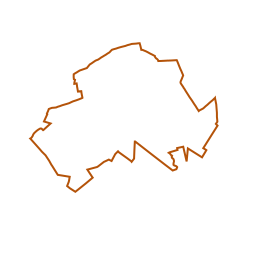 Pilu, Arad, Romania (Mercator projection), rotated 39°
{"feature_id": "2599482B37446473597152", "entity_name": "Pilu", "entity_type": "district", "adm_level": 2, "iso_a3": "ROU", "parent_name": "Romania", "parent_adm1": "Arad", "projection": "mercator", "projection_center": [21.361, 46.586], "detail": "fine", "context": "isolated", "style": "outline", "palette": "amber", "viewbox_px": 256, "rotation_deg": 39, "n_neighbors": 0, "source": "geoboundaries", "source_scale": "gbopen_adm2", "svg_char_len": 3300}
<svg xmlns="http://www.w3.org/2000/svg" viewBox="0 0 256 256"><g transform="rotate(39 128 128)"><path d="M131.8,188.8L130.7,188.5L128.9,187.9L127.2,187.4L122.6,185.9L124.8,182.9L126.9,180.0L128.5,177.8L128.9,176.7L130.6,169.5L131.4,167.9L133.0,164.6L135.6,164.1L136.0,164.0L134.5,156.3L134.7,154.3L134.9,152.4L136.1,152.6L141.3,152.3L146.3,152.0L151.3,151.8L152.1,152.0L152.0,148.0L146.7,140.9L141.8,134.2L142.0,134.0L162.4,133.6L179.8,133.2L189.5,132.9L191.5,129.6L191.0,127.7L190.8,127.4L190.3,127.3L189.0,127.4L187.9,127.9L187.5,128.0L186.6,128.0L186.1,127.5L185.5,126.6L184.8,125.1L184.4,124.6L183.8,124.1L183.0,123.6L182.3,123.4L181.5,123.6L180.8,123.4L180.7,123.3L180.5,123.2L180.1,122.9L179.8,121.9L179.5,121.9L179.2,121.8L178.7,121.9L178.2,121.9L177.6,121.7L176.8,121.5L176.4,121.5L176.0,121.5L175.3,121.6L175.4,121.3L175.8,120.5L177.7,117.7L180.3,113.9L178.8,112.7L179.1,112.3L182.7,107.8L194.6,117.1L187.4,106.2L204.0,104.2L203.1,97.6L202.8,96.0L202.8,95.9L202.3,95.9L199.2,96.3L197.3,80.3L196.1,69.8L193.7,69.5L193.5,66.9L191.9,65.2L190.2,63.5L187.5,60.2L181.7,54.1L179.9,52.6L176.9,50.1L176.7,49.9L176.7,50.1L176.5,50.9L176.3,53.0L175.8,55.4L175.4,57.7L175.1,59.9L174.6,62.3L174.3,64.5L174.0,65.9L173.8,66.3L173.1,67.9L172.5,69.2L172.3,70.3L171.5,70.0L169.2,69.3L166.7,68.4L164.3,67.7L161.9,66.9L160.4,66.4L158.7,65.9L158.3,65.8L156.2,65.2L155.1,64.8L152.4,63.9L149.7,63.0L147.0,62.0L145.7,61.7L145.2,61.4L144.2,61.1L143.5,60.9L140.9,60.1L140.6,59.9L140.4,59.8L140.2,59.6L140.0,59.4L139.6,58.6L138.8,55.7L137.9,52.9L137.9,52.6L137.6,52.4L137.4,52.2L136.9,51.9L135.7,51.3L133.5,50.1L131.8,49.3L130.7,48.7L128.3,47.4L126.4,46.3L124.2,45.1L123.2,44.6L122.2,45.5L119.8,47.7L118.0,49.3L115.8,51.2L113.6,53.2L111.6,55.0L109.4,56.9L108.7,56.4L108.0,56.2L107.5,56.1L107.1,56.1L106.6,56.1L106.1,56.2L105.1,56.0L104.4,55.8L104.2,55.7L103.8,55.4L103.5,55.1L102.8,55.3L100.6,55.7L98.5,56.2L96.1,56.6L93.7,57.1L91.4,57.8L90.0,58.2L89.2,58.9L86.0,56.4L83.7,54.8L83.2,55.3L82.8,55.6L81.2,57.3L79.6,58.8L78.0,60.3L76.8,62.1L75.4,64.0L74.3,65.9L74.2,66.0L73.0,67.6L72.1,68.8L71.3,69.9L69.9,71.9L68.8,73.7L67.5,75.5L66.3,77.3L66.1,79.1L66.0,80.9L65.2,83.1L64.6,85.2L64.0,86.7L63.5,88.2L62.7,90.3L62.6,90.8L61.8,93.5L60.4,96.0L60.3,96.3L59.6,98.6L59.0,100.7L58.3,102.7L58.3,105.0L58.3,107.3L57.3,108.9L56.3,110.5L55.3,112.1L54.3,113.7L53.7,115.4L53.1,117.2L52.5,118.7L52.0,120.4L52.9,121.6L53.9,122.8L55.2,124.1L56.5,123.9L58.0,126.9L58.5,127.5L59.4,126.4L60.0,125.7L61.5,127.0L62.7,128.2L63.1,128.5L64.6,129.8L66.2,131.2L67.2,130.3L67.0,130.2L68.5,128.8L70.2,130.4L71.9,131.8L73.0,132.7L73.3,132.9L73.6,133.3L73.3,133.9L72.0,136.3L71.0,138.0L70.0,139.6L68.5,141.9L67.5,143.9L66.6,145.8L65.2,147.9L63.8,149.9L62.7,151.5L62.5,151.8L61.2,154.0L60.1,155.6L59.2,157.3L57.6,158.9L56.2,160.2L55.3,161.7L54.5,163.1L55.2,165.1L55.7,167.1L56.0,168.0L56.6,168.1L58.6,175.8L65.0,173.2L63.5,182.9L63.4,183.1L61.2,182.9L60.6,183.2L60.0,183.9L59.3,185.8L58.8,187.7L58.5,189.7L58.3,191.4L58.5,192.9L58.9,194.1L59.1,195.8L59.0,196.9L58.9,197.3L58.7,197.7L72.8,200.0L76.0,200.6L81.1,201.1L87.4,203.1L91.6,204.8L93.0,205.2L95.3,206.0L102.9,208.6L113.4,202.6L115.3,206.0L115.9,207.3L117.2,211.4L120.8,211.4L127.2,210.7L127.9,207.7L130.2,197.1L131.5,190.4L131.8,188.8Z" fill="none" stroke="#b45309" stroke-width="2"/></g></svg>